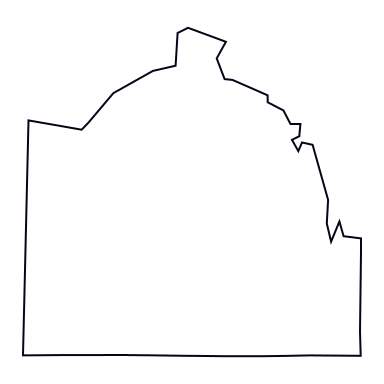 outline of Lincoln, Tennessee, United States of America
{"feature_id": "52423323B92383596242389", "entity_name": "Lincoln", "entity_type": "district", "adm_level": 2, "iso_a3": "USA", "parent_name": "United States of America", "parent_adm1": "Tennessee", "projection": "equal_earth", "projection_center": [-86.542, 35.181], "detail": "fine", "context": "isolated", "style": "outline", "palette": "ink", "viewbox_px": 384, "rotation_deg": 0, "n_neighbors": 0, "source": "geoboundaries", "source_scale": "gbopen_adm2", "svg_char_len": 745}
<svg xmlns="http://www.w3.org/2000/svg" viewBox="0 0 384 384"><path d="M57.4,355.1L126.6,355.0L127.1,355.0L128.7,355.1L131.0,355.1L138.3,355.2L150.2,355.3L150.3,355.3L177.2,355.7L184.4,355.8L195.9,355.9L196.0,355.9L206.0,356.0L223.9,356.2L230.7,356.2L263.4,356.2L285.5,355.9L309.5,355.4L360.7,355.8L360.0,331.7L361.0,252.2L361.0,238.4L343.6,236.2L339.4,221.5L331.1,241.7L326.8,223.5L328.1,199.9L312.6,144.8L302.0,142.5L298.3,151.1L292.0,139.8L299.3,136.2L300.4,124.0L290.5,124.0L283.4,110.4L267.7,102.3L267.6,95.3L232.4,79.9L224.6,79.1L216.7,58.4L225.9,41.8L188.0,27.8L177.6,33.0L175.6,65.7L152.9,70.9L113.4,93.1L88.2,122.9L81.6,129.7L28.5,120.4L23.0,355.3L33.2,355.3L57.4,355.1L57.4,355.1Z" fill="none" stroke="#020617" stroke-width="2"/></svg>